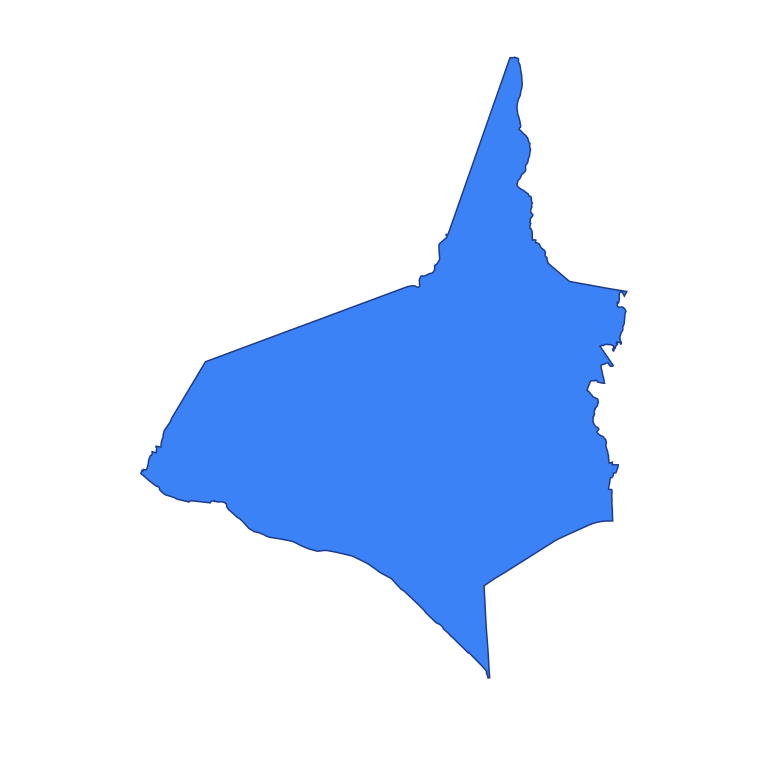 outline of Xochimilco, Distrito Federal, Mexico, rotated 172°
{"feature_id": "50627088B56641992702600", "entity_name": "Xochimilco", "entity_type": "district", "adm_level": 2, "iso_a3": "MEX", "parent_name": "Mexico", "parent_adm1": "Distrito Federal", "projection": "mercator", "projection_center": [-99.112, 19.236], "detail": "fine", "context": "isolated", "style": "filled", "palette": "blue", "viewbox_px": 768, "rotation_deg": 172, "n_neighbors": 0, "source": "geoboundaries", "source_scale": "gbopen_adm2", "svg_char_len": 6161}
<svg xmlns="http://www.w3.org/2000/svg" viewBox="0 0 768 768"><g transform="rotate(172 384 384)"><path d="M321.8,78.4L320.2,78.4L320.0,82.6L318.1,105.6L316.6,129.3L313.0,170.3L300.5,176.4L296.5,178.0L289.8,180.9L235.5,205.4L232.0,206.6L200.8,215.8L197.0,216.7L192.4,217.4L187.5,217.6L182.7,217.4L176.6,216.5L176.1,221.8L175.2,228.8L175.3,229.8L174.9,234.6L174.3,238.0L174.1,241.4L173.3,245.1L173.1,247.7L176.3,248.5L176.1,249.2L175.4,252.0L174.6,253.7L173.2,259.0L172.9,259.6L171.6,259.6L170.6,260.3L169.9,261.2L169.3,262.8L168.7,264.0L166.7,263.8L164.0,268.9L163.3,271.4L169.1,272.2L168.8,274.8L171.7,274.1L172.0,274.4L171.9,279.7L171.6,282.6L172.1,283.4L171.9,284.8L171.9,286.0L172.3,286.7L172.5,289.2L173.0,291.8L171.9,295.0L172.1,297.6L172.6,298.8L173.3,299.3L174.1,301.1L175.3,302.1L177.0,303.0L177.6,303.8L178.7,304.7L179.6,306.3L179.6,307.1L179.4,307.7L177.5,309.2L177.5,309.4L178.4,311.2L179.8,311.8L180.2,312.2L181.6,315.0L182.3,317.8L181.3,322.7L180.6,323.1L180.4,324.0L179.9,324.5L179.6,325.5L179.8,327.1L179.7,328.0L179.1,328.4L178.8,329.0L178.4,329.9L178.6,330.2L177.9,330.5L177.5,331.4L177.0,331.5L175.9,332.6L174.4,335.8L174.3,336.7L174.5,338.0L174.3,338.6L174.9,339.7L179.0,342.3L179.4,343.7L180.3,344.6L182.3,348.2L183.9,349.6L179.2,357.9L178.9,358.2L176.5,358.2L174.7,357.7L174.4,357.9L174.5,358.3L173.3,358.1L172.5,357.2L172.2,356.2L167.6,354.5L165.6,354.1L165.8,354.6L165.6,356.1L165.6,358.0L166.1,362.0L166.7,370.6L166.4,372.5L162.5,373.2L161.0,373.8L159.2,373.8L158.9,373.3L158.5,371.8L157.3,370.1L156.5,369.8L155.7,369.8L154.9,370.0L154.4,370.4L162.9,387.5L164.9,391.3L163.8,391.4L163.3,391.9L162.3,391.8L161.7,391.5L160.9,392.0L160.0,392.0L159.6,392.4L158.5,392.4L157.6,392.3L156.6,391.8L154.7,391.6L153.2,391.1L151.3,389.6L151.4,388.3L152.2,387.2L152.9,385.6L152.7,385.2L151.9,384.8L151.5,385.9L151.4,386.7L150.9,387.1L150.3,387.1L149.8,387.6L149.5,388.8L148.6,389.9L147.9,390.3L147.4,390.7L147.3,391.2L147.4,391.4L148.2,392.2L148.2,392.5L147.7,393.1L146.6,392.6L145.0,392.5L144.5,392.3L144.3,392.1L144.2,390.7L143.5,390.7L143.2,391.8L143.3,392.4L144.0,394.4L144.2,395.3L144.1,396.0L143.8,396.5L143.8,398.4L143.0,399.3L142.8,400.5L142.1,401.3L141.6,402.3L140.3,403.8L139.9,404.8L139.5,407.5L137.7,410.4L135.6,419.9L134.2,422.4L135.1,424.7L136.4,426.5L137.7,427.1L140.7,427.4L141.8,428.1L142.2,429.0L141.7,430.6L141.9,431.7L141.7,432.3L141.3,432.5L141.0,432.4L140.7,431.6L140.3,431.9L139.5,434.2L138.9,436.7L138.8,439.4L137.8,441.5L137.3,442.2L136.9,442.4L136.3,442.5L135.8,442.0L134.8,440.5L134.1,439.0L133.8,437.6L130.7,441.8L147.4,447.0L186.0,459.7L204.2,480.2L204.9,480.6L204.6,481.1L204.6,481.4L205.1,482.6L205.1,486.6L206.3,487.8L206.6,488.9L205.9,491.4L206.2,493.4L207.8,495.4L209.5,497.2L210.4,499.5L210.5,500.3L211.4,501.6L212.0,502.1L214.3,502.9L213.6,505.4L214.9,505.9L217.0,506.0L216.2,513.0L216.2,515.5L216.8,516.4L216.9,517.5L217.7,518.1L217.7,519.0L217.6,519.9L216.3,522.7L216.4,523.3L217.1,523.8L217.0,524.4L216.2,525.5L216.4,526.5L216.3,526.9L214.5,528.8L213.8,529.3L213.2,530.1L213.1,530.7L213.1,531.1L213.8,532.1L214.2,533.0L214.8,533.8L214.5,535.5L214.2,536.3L214.3,536.9L213.6,537.6L212.9,538.7L213.0,540.0L212.5,541.8L211.9,542.6L212.4,543.5L212.4,544.4L212.5,545.0L212.3,545.8L212.3,548.6L213.0,549.4L214.1,550.1L214.6,550.7L214.6,551.6L214.8,552.3L216.8,554.0L219.0,556.4L220.9,557.7L223.0,559.6L223.5,560.2L224.5,562.2L224.7,563.3L224.0,564.3L223.2,566.4L220.2,569.3L218.1,572.8L216.6,573.2L215.7,574.4L214.7,574.7L214.3,575.4L213.9,576.3L213.5,580.4L212.9,581.3L211.9,582.1L211.0,583.2L210.2,585.2L209.5,587.4L208.2,589.5L206.9,594.3L206.4,595.1L206.3,596.2L206.6,597.2L206.7,598.9L206.6,599.9L206.0,601.5L206.0,601.9L206.7,602.9L206.9,603.5L207.5,607.5L208.6,609.6L209.8,611.4L210.8,612.1L213.0,615.3L214.8,617.5L214.6,618.3L213.0,619.4L212.7,621.1L212.8,623.1L213.0,623.5L212.8,624.7L213.5,630.3L214.0,632.6L213.9,638.6L213.5,641.0L212.4,644.7L210.9,647.8L208.9,650.9L207.8,654.8L206.4,657.8L205.3,662.0L205.2,664.9L204.7,670.8L205.0,674.8L204.9,677.7L205.0,681.1L206.1,684.4L205.6,686.6L205.7,687.2L206.0,687.9L207.2,688.3L208.9,689.3L211.0,689.2L213.8,689.6L298.0,526.6L299.9,523.2L301.6,523.5L301.9,522.7L301.5,522.4L301.1,521.8L301.1,521.1L301.2,520.7L301.5,520.4L308.7,515.8L309.5,515.2L310.0,514.5L310.4,513.1L311.0,507.3L311.4,500.8L311.7,499.4L314.7,495.7L315.6,495.1L316.8,494.7L317.3,494.2L317.5,493.6L317.8,490.5L318.3,489.7L320.2,487.4L321.4,487.1L323.7,487.0L328.5,485.4L329.6,485.4L331.6,485.8L332.6,485.5L334.0,483.2L334.6,482.0L335.0,476.3L335.5,475.6L336.4,474.9L337.3,475.0L339.4,476.6L341.2,477.2L343.9,477.3L346.2,477.2L348.8,476.8L557.7,430.9L598.9,379.8L600.1,377.8L600.5,376.6L607.4,369.3L608.2,368.2L609.7,364.6L610.1,362.4L611.1,360.7L612.3,358.1L613.1,355.5L613.6,352.7L618.3,354.1L618.6,353.1L617.8,352.6L618.9,349.0L618.9,348.2L619.2,347.6L623.0,349.3L623.2,349.0L623.2,347.6L623.4,346.8L624.3,345.8L624.9,345.8L625.3,345.6L627.8,341.2L628.1,339.5L628.8,337.2L630.9,332.5L631.7,332.1L632.5,332.4L633.1,332.3L634.2,332.9L635.0,331.2L635.7,332.1L637.3,329.1L634.8,326.5L629.7,320.6L624.7,315.5L623.6,314.5L622.7,314.1L622.5,314.4L621.3,313.0L620.8,312.2L621.0,310.7L619.6,308.6L617.4,306.0L615.3,304.4L610.4,302.2L606.6,300.1L605.9,299.4L604.7,298.7L593.6,294.3L593.3,294.8L592.5,295.0L591.6,295.2L590.1,295.0L572.6,290.5L572.0,291.4L570.5,292.1L569.1,292.1L568.2,291.4L568.0,291.8L565.6,290.4L560.8,289.9L559.0,289.1L557.4,287.8L556.9,287.1L556.5,283.3L554.7,280.5L548.0,272.6L545.5,270.5L542.4,266.7L537.9,259.8L536.1,258.5L533.2,255.9L528.8,254.3L523.2,251.0L522.5,250.2L519.0,248.3L506.4,244.4L498.8,241.7L495.5,240.3L487.6,234.8L481.4,231.2L474.1,228.0L471.9,227.6L466.4,227.5L463.5,227.0L456.3,224.6L440.2,218.4L439.3,218.0L426.7,209.5L423.8,207.2L413.3,197.2L403.9,190.4L395.7,178.5L393.3,176.6L385.2,166.5L375.6,154.1L374.9,152.5L374.1,151.3L370.7,146.8L365.3,140.1L363.4,139.0L361.8,137.7L360.1,135.8L359.2,133.4L357.6,131.3L355.5,128.9L353.9,126.8L353.5,125.9L352.9,125.1L351.1,123.2L346.1,116.5L343.1,112.8L338.0,106.0L337.4,106.3L325.6,90.3L322.4,85.1L322.2,84.4L322.4,83.8L322.9,83.5L322.2,81.3L321.8,78.4Z" fill="#3b82f6" stroke="#1e3a8a" stroke-width="1.5"/></g></svg>